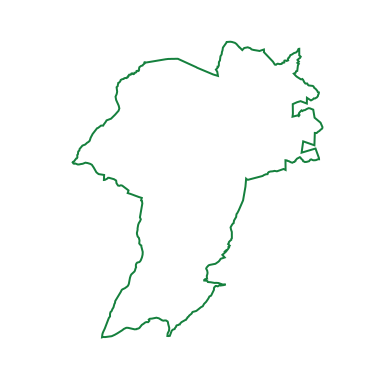 Tianguismanalco, Puebla, Mexico, rotated 277°
{"feature_id": "50627088B16397260024665", "entity_name": "Tianguismanalco", "entity_type": "district", "adm_level": 2, "iso_a3": "MEX", "parent_name": "Mexico", "parent_adm1": "Puebla", "projection": "albers", "projection_center": [-98.47, 19.0], "detail": "fine", "context": "isolated", "style": "outline", "palette": "green", "viewbox_px": 384, "rotation_deg": 277, "n_neighbors": 0, "source": "geoboundaries", "source_scale": "gbopen_adm2", "svg_char_len": 6019}
<svg xmlns="http://www.w3.org/2000/svg" viewBox="0 0 384 384"><g transform="rotate(277 192 192)"><path d="M314.9,129.0L314.3,128.9L313.8,129.3L312.2,127.8L311.5,127.5L311.0,126.2L309.5,124.6L308.3,124.4L306.9,124.6L305.9,124.4L305.5,123.8L305.7,123.0L305.3,122.2L304.1,122.1L303.4,121.1L303.3,120.3L302.3,120.2L301.9,119.7L302.0,119.4L301.9,118.9L302.5,118.1L302.1,117.3L301.2,117.1L300.9,116.8L300.8,115.4L299.5,114.6L299.3,114.5L299.1,114.8L298.0,114.2L297.8,113.5L297.2,113.3L297.0,112.8L297.1,112.0L296.6,110.8L295.9,110.4L295.4,108.9L294.5,107.6L292.9,107.2L291.6,106.1L291.2,105.5L290.5,105.6L290.1,105.4L287.9,105.3L286.8,104.4L282.4,105.5L280.0,105.3L277.3,104.5L274.1,105.5L268.8,108.7L266.1,109.7L263.7,109.2L259.3,106.2L254.9,102.7L252.7,98.5L250.9,97.7L248.1,96.1L247.1,95.8L246.8,93.6L244.2,91.0L243.7,90.0L237.5,86.3L233.5,84.8L230.4,84.2L229.0,83.1L228.2,82.0L226.1,80.2L224.7,77.6L221.0,75.2L219.4,75.1L218.4,74.2L217.6,74.1L216.9,74.2L215.4,74.1L214.7,73.6L212.3,74.0L211.6,73.7L211.3,73.5L211.2,73.0L207.9,71.1L207.4,70.2L206.9,69.9L205.8,70.9L205.7,71.7L206.1,72.5L205.4,75.2L205.6,76.6L206.2,78.3L206.7,80.1L208.1,82.6L208.0,84.9L207.5,87.6L206.8,89.3L204.1,91.6L199.9,94.7L198.4,97.1L198.2,102.7L193.2,103.1L193.4,104.0L194.7,105.9L195.2,106.5L195.8,106.9L196.0,107.8L195.2,113.0L194.1,115.3L191.5,116.0L189.4,117.8L189.3,119.2L190.0,120.6L189.8,122.0L185.8,128.8L183.1,128.3L182.6,131.2L180.6,139.6L180.0,142.9L177.4,142.5L177.1,143.4L174.5,144.1L160.5,143.4L158.7,144.5L156.7,144.0L154.9,143.1L153.0,142.6L149.3,142.4L147.9,142.6L144.7,142.3L143.6,142.5L141.2,143.5L139.9,144.9L137.5,145.8L134.5,145.9L133.4,146.9L132.7,148.2L131.9,148.3L126.5,150.4L123.8,150.6L121.0,150.3L118.0,149.5L116.8,148.9L116.0,148.2L115.3,146.3L114.4,145.6L113.2,145.2L111.5,145.3L110.6,145.7L109.4,145.3L106.9,144.9L106.0,144.5L102.9,141.9L101.8,141.4L99.4,140.9L93.1,140.5L91.4,140.0L90.5,139.4L88.4,137.2L86.8,134.7L86.0,134.1L84.0,133.4L74.4,129.1L72.6,129.1L71.3,128.6L67.8,128.1L66.4,127.4L63.8,126.6L62.8,125.7L60.9,125.5L58.5,125.8L56.8,124.8L45.9,122.1L41.6,120.7L40.0,120.4L36.8,120.4L37.3,121.6L37.4,123.4L39.1,129.9L40.9,132.8L42.6,135.1L46.2,139.5L47.8,141.1L49.2,143.3L49.4,145.0L48.7,151.8L49.1,153.7L49.4,153.8L50.0,155.5L50.7,156.4L54.0,158.4L55.4,160.1L56.5,161.1L57.3,162.4L57.5,164.4L59.0,165.4L60.1,164.6L61.0,165.5L61.5,167.8L62.9,172.0L62.6,174.5L61.0,178.0L60.8,179.2L61.1,180.3L61.3,181.9L60.5,183.6L59.7,184.0L58.0,184.5L54.3,186.0L51.5,186.1L48.8,185.1L46.1,185.1L46.1,186.1L46.5,187.5L51.9,188.8L53.2,190.0L53.8,191.4L55.3,191.9L56.3,192.6L57.5,192.8L57.9,193.3L58.3,194.6L58.9,195.2L59.0,196.0L60.0,196.3L61.5,197.4L64.1,200.9L64.5,201.7L65.9,202.2L66.1,202.6L67.3,203.0L67.9,203.8L68.9,204.2L71.2,206.4L72.7,207.0L73.1,207.4L74.3,210.4L74.7,211.0L78.8,215.0L79.9,216.6L82.4,217.6L84.7,219.4L88.2,221.2L90.4,222.0L91.5,223.6L97.6,225.7L99.2,225.5L100.0,225.7L101.2,226.6L101.6,226.9L101.7,227.5L101.5,229.1L102.8,230.6L102.6,231.5L103.5,234.9L104.3,236.8L104.3,235.8L103.9,233.8L104.9,229.2L104.8,227.4L104.5,225.4L104.7,221.6L104.6,219.4L104.6,218.7L105.5,218.1L105.7,217.3L105.6,214.9L106.1,214.8L106.9,215.4L107.8,217.5L108.3,217.2L109.2,217.2L110.4,216.9L112.7,217.3L114.1,217.2L115.9,216.6L117.6,215.4L118.8,215.7L121.2,217.4L121.8,218.5L123.6,224.0L126.1,226.8L127.2,227.6L129.2,228.6L131.0,232.4L133.3,229.8L136.4,232.5L136.9,231.8L138.4,233.1L138.0,233.6L140.3,235.0L141.5,235.5L141.9,234.9L143.3,236.0L144.7,234.2L145.5,234.7L146.7,234.7L148.2,235.7L149.3,236.8L150.4,236.8L151.0,237.2L157.2,236.4L159.5,235.3L161.6,234.6L164.1,235.6L165.6,236.4L166.1,237.1L168.8,237.2L172.7,238.9L174.2,238.8L175.5,238.9L176.7,239.6L179.4,240.6L189.9,243.7L203.8,244.4L211.8,244.1L211.3,244.8L210.9,246.0L216.5,260.1L217.6,261.4L218.6,263.2L218.9,264.8L220.3,265.1L221.1,265.7L221.9,267.3L222.4,269.7L223.0,271.3L222.9,273.8L226.0,280.1L225.3,282.2L234.9,280.9L234.9,282.4L234.6,282.8L234.3,284.6L233.5,286.7L233.3,288.1L234.2,289.3L234.3,290.0L235.4,290.6L235.5,290.9L236.0,290.9L237.9,292.2L239.7,294.8L239.5,295.3L238.1,296.6L237.3,297.9L236.1,298.6L235.7,300.1L235.5,300.4L235.9,302.2L236.8,304.4L238.6,305.6L238.9,306.5L238.4,307.7L238.3,309.0L238.7,311.0L239.9,313.2L240.0,314.1L241.1,313.9L250.2,309.3L244.4,296.0L255.8,296.2L253.3,307.8L265.6,306.7L265.7,308.5L267.2,309.8L268.1,311.0L269.3,311.9L270.9,313.5L272.3,313.6L276.5,311.1L280.7,304.6L288.5,302.3L289.4,298.8L289.4,297.5L288.5,296.0L287.0,294.0L286.7,292.8L285.8,291.7L286.4,290.8L286.1,290.5L283.7,288.8L282.2,288.4L281.5,289.3L280.3,288.7L280.9,287.5L279.0,282.6L282.0,282.6L291.5,281.3L293.9,285.3L295.4,288.7L293.8,295.2L299.5,294.6L297.4,298.9L298.5,300.5L299.8,301.6L299.7,302.5L301.2,304.5L302.7,305.3L303.5,305.3L305.0,305.8L306.3,305.8L306.5,304.7L307.7,304.0L309.7,301.8L310.0,300.9L311.6,299.7L312.0,298.9L312.0,294.8L312.6,293.9L313.7,293.2L313.5,291.3L314.6,290.1L317.0,288.5L317.6,287.7L317.3,287.3L317.1,286.5L317.5,285.5L319.3,281.8L320.1,280.7L321.9,278.6L323.0,280.3L324.3,280.5L324.6,280.7L325.0,281.7L328.2,281.7L330.7,281.7L332.2,282.4L333.0,280.9L334.4,282.2L335.9,280.6L337.2,281.7L338.4,283.0L339.6,283.4L340.7,281.8L347.2,281.0L347.0,280.3L344.5,279.4L343.2,278.3L342.3,276.3L340.4,274.1L339.9,273.0L337.2,272.0L337.1,271.5L335.5,270.9L334.4,271.4L333.6,270.0L333.9,268.9L333.7,267.8L333.2,267.6L331.8,267.8L331.4,266.9L331.3,266.0L330.1,265.4L329.6,263.6L329.8,261.5L328.9,260.0L328.5,259.8L328.5,259.5L328.6,258.6L331.2,256.5L339.6,246.3L340.1,246.4L342.2,246.0L340.2,241.8L340.3,240.7L340.5,235.8L340.8,233.7L341.8,232.4L342.4,229.7L341.3,226.3L339.0,224.6L341.6,221.3L341.5,221.2L344.4,218.0L345.3,216.3L345.8,213.3L345.8,211.6L345.1,208.1L344.3,207.9L339.1,205.1L336.1,205.0L334.4,204.6L333.7,204.7L332.0,204.6L330.2,203.7L326.0,203.7L324.2,202.9L320.8,203.2L319.3,202.7L319.4,202.1L317.9,202.0L316.4,200.8L314.5,202.4L310.4,203.6L311.2,198.8L316.0,181.8L316.3,181.3L322.5,161.7L321.2,152.4L320.6,149.9L314.9,130.6L315.1,129.4L314.9,129.0Z" fill="none" stroke="#15803d" stroke-width="2"/></g></svg>